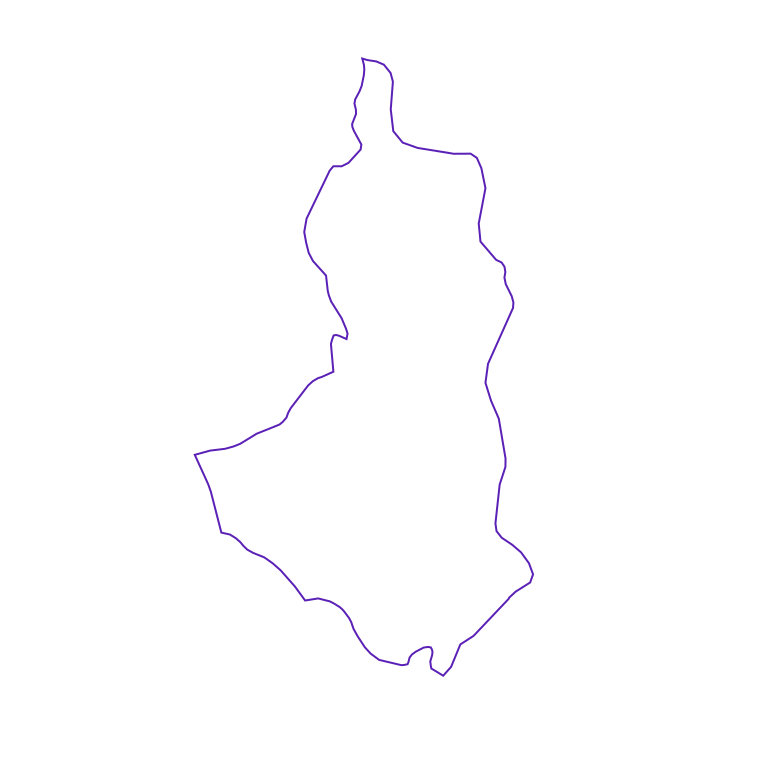 map outline of Kunar (Equal Earth projection), rotated 318°
{"feature_id": "AFG-1762", "entity_name": "Kunar", "entity_type": "Province", "adm_level": 1, "iso_a3": "AFG", "parent_name": "Afghanistan", "parent_adm1": "", "projection": "equal_earth", "projection_center": [71.083, 34.998], "detail": "fine", "context": "isolated", "style": "outline", "palette": "violet", "viewbox_px": 768, "rotation_deg": 318, "n_neighbors": 0, "source": "natural_earth", "source_scale": "10m", "svg_char_len": 1918}
<svg xmlns="http://www.w3.org/2000/svg" viewBox="0 0 768 768"><g transform="rotate(318 384 384)"><path d="M524.7,416.5L474.8,438.6L460.2,451.0L452.4,467.9L446.1,486.6L424.4,520.8L418.7,526.9L402.7,536.1L373.5,562.2L369.2,568.6L368.6,577.0L371.7,589.3L373.2,600.8L371.8,614.2L367.4,625.2L359.8,629.3L342.9,626.4L334.1,626.5L333.1,627.0L332.6,627.1L282.0,631.1L266.5,628.6L244.6,639.1L232.8,640.4L228.8,627.1L230.4,624.5L232.8,621.1L238.5,617.6L240.8,615.5L242.0,613.3L242.5,611.0L240.7,608.8L237.1,606.4L228.5,604.2L223.8,603.7L220.0,604.4L215.8,607.2L214.0,608.0L211.0,606.3L208.8,604.6L195.8,585.8L193.7,575.6L193.6,566.9L195.6,553.9L197.5,545.6L200.3,539.0L201.4,534.6L202.2,526.4L202.2,523.4L201.8,520.1L199.9,513.5L198.3,509.3L191.6,499.3L180.5,492.1L182.3,474.9L182.5,453.2L181.3,442.8L179.0,432.7L173.8,422.1L171.6,415.7L171.2,410.3L171.4,405.3L170.7,399.5L168.8,392.8L163.7,385.6L183.3,348.1L186.3,340.8L196.0,310.0L210.3,317.2L222.5,325.8L230.5,329.8L237.1,332.2L256.0,335.7L279.2,344.2L283.3,344.4L289.0,343.7L293.7,341.2L298.7,339.5L326.7,334.3L333.0,334.3L338.9,335.5L342.2,337.0L354.6,341.0L371.4,318.7L375.1,316.3L379.0,314.2L381.2,315.5L382.9,318.1L386.2,325.5L390.6,322.2L392.7,317.7L396.5,306.8L399.9,287.4L402.3,281.3L404.5,277.2L413.5,264.6L413.5,245.1L415.8,236.2L420.7,226.9L426.4,217.7L437.1,209.3L486.4,189.1L492.0,188.3L498.3,193.9L505.6,195.9L523.5,194.1L527.4,190.9L531.0,175.8L532.4,172.0L534.2,169.5L543.9,164.6L546.7,161.3L549.7,155.8L553.1,153.2L561.7,150.1L566.9,147.5L575.8,140.9L579.9,137.0L582.7,133.3L585.6,127.6L588.6,132.4L594.1,139.1L597.6,146.6L597.0,157.3L592.9,165.3L572.8,184.4L560.1,202.3L559.4,217.1L566.9,231.0L589.9,259.6L602.5,270.8L604.3,278.1L600.7,288.9L590.4,306.4L561.8,328.1L551.0,342.7L550.4,366.8L552.7,372.3L552.0,377.5L549.1,382.0L544.7,385.5L541.3,391.3L537.7,404.1L534.8,409.9L530.8,413.8L524.7,416.5Z" fill="none" stroke="#5b21b6" stroke-width="2"/></g></svg>